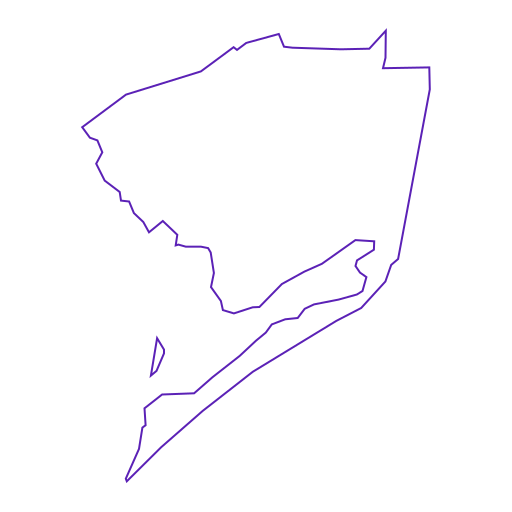 outline of Calhoun, Texas, United States of America
{"feature_id": "52423323B71782729975754", "entity_name": "Calhoun", "entity_type": "district", "adm_level": 2, "iso_a3": "USA", "parent_name": "United States of America", "parent_adm1": "Texas", "projection": "robinson", "projection_center": [-96.654, 28.395], "detail": "fine", "context": "isolated", "style": "outline", "palette": "violet", "viewbox_px": 512, "rotation_deg": 0, "n_neighbors": 0, "source": "geoboundaries", "source_scale": "gbopen_adm2", "svg_char_len": 1152}
<svg xmlns="http://www.w3.org/2000/svg" viewBox="0 0 512 512"><path d="M246.3,42.9L237.0,49.9L233.6,47.2L200.9,71.4L126.0,94.6L82.2,127.2L89.9,137.7L97.4,140.4L102.3,152.3L96.2,163.7L104.7,180.6L119.7,192.0L121.0,200.6L129.1,201.5L133.9,213.1L143.3,222.0L149.0,232.3L162.8,221.0L177.3,234.8L175.7,245.4L178.4,244.6L185.9,246.7L201.1,246.7L208.1,248.1L210.7,252.5L213.9,273.0L211.0,287.1L220.9,301.0L222.9,310.1L233.9,313.4L252.7,307.3L259.4,307.0L281.9,284.0L304.4,271.6L321.9,263.8L355.4,240.1L374.2,241.3L373.9,249.7L357.0,260.4L355.5,266.0L360.0,272.6L366.4,277.1L362.5,291.0L356.9,294.5L338.5,299.6L314.0,304.4L304.7,308.8L297.7,318.0L285.2,319.3L271.8,324.4L265.8,332.6L256.1,340.6L239.7,355.9L212.4,377.3L194.1,393.3L162.1,394.5L144.5,408.3L145.6,425.2L142.4,427.6L139.0,448.9L125.8,478.7L126.8,481.3L161.2,447.2L202.7,410.9L252.9,371.7L336.3,320.9L361.2,308.0L385.4,281.5L391.2,264.9L398.1,259.0L429.8,89.4L429.3,67.4L383.0,68.2L385.5,57.8L385.8,30.7L369.3,48.7L340.9,49.3L292.5,47.7L284.0,46.7L278.8,34.0L246.3,42.9ZM150.9,375.6L156.5,370.9L164.0,353.4L164.0,349.6L157.1,338.2L150.9,375.6Z" fill="none" stroke="#5b21b6" stroke-width="2"/></svg>